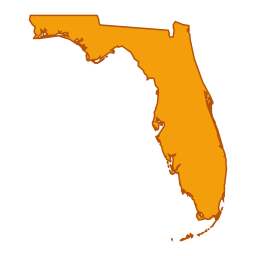 the border of Florida
{"feature_id": "USA-3542", "entity_name": "Florida", "entity_type": "State", "adm_level": 1, "iso_a3": "USA", "parent_name": "United States of America", "parent_adm1": "", "projection": "equal_earth", "projection_center": [-82.742, 27.771], "detail": "fine", "context": "isolated", "style": "filled", "palette": "amber", "viewbox_px": 256, "rotation_deg": 0, "n_neighbors": 0, "source": "natural_earth", "source_scale": "10m", "svg_char_len": 5875}
<svg xmlns="http://www.w3.org/2000/svg" viewBox="0 0 256 256"><path d="M37.5,38.4L32.9,38.5L34.5,38.0L34.4,36.9L36.5,34.6L34.6,33.2L34.2,31.6L35.1,26.7L32.4,24.6L29.5,20.0L30.4,15.4L97.0,15.4L98.6,19.1L99.2,23.6L100.3,25.0L168.3,30.3L169.2,33.2L169.0,35.3L170.2,37.2L173.2,36.8L174.2,29.9L173.3,27.4L173.4,24.4L175.4,21.6L183.2,24.7L188.9,25.6L189.0,31.7L187.7,28.4L187.4,30.8L189.7,34.0L190.1,39.5L194.3,58.8L202.6,82.0L210.4,96.5L213.0,102.7L211.3,105.1L211.4,111.9L212.4,117.0L215.1,122.3L215.2,123.8L211.7,116.1L210.7,111.9L210.7,105.9L211.4,101.5L211.1,98.2L209.6,97.5L209.1,98.4L206.8,97.8L206.3,96.1L207.1,93.3L204.6,91.6L207.5,106.1L217.0,130.8L218.0,136.1L221.9,147.2L222.0,147.7L221.4,146.7L218.9,145.6L223.2,149.2L225.2,155.0L224.2,156.3L225.4,157.0L226.2,160.7L225.8,162.4L226.5,168.5L224.7,184.2L224.1,185.7L224.5,186.8L224.1,197.1L223.8,192.7L222.9,194.2L222.4,197.8L220.9,199.0L219.5,202.6L218.5,207.7L219.4,211.3L216.5,215.5L217.1,217.9L215.8,215.9L214.5,216.7L215.6,217.1L216.0,218.3L215.3,217.1L213.8,216.7L214.2,215.7L212.8,215.8L211.7,217.8L210.5,217.6L210.4,218.8L208.9,219.3L206.5,219.2L205.1,217.9L203.7,219.3L198.6,220.0L196.6,216.4L196.9,213.9L197.9,212.3L199.2,214.8L201.7,216.2L201.2,216.9L202.8,216.9L203.5,215.8L201.8,213.2L197.5,210.9L195.6,205.8L196.3,204.7L195.1,204.5L193.9,199.6L192.7,199.5L191.8,197.9L192.7,196.8L192.0,195.6L188.4,192.7L185.7,192.5L184.8,191.0L184.1,192.0L183.0,191.5L182.6,192.5L181.9,192.0L181.6,190.7L182.9,191.3L183.7,189.8L181.9,189.2L180.4,184.3L180.1,185.7L178.6,173.4L177.9,171.7L177.8,173.5L174.6,172.1L174.8,170.8L175.5,171.2L177.1,169.5L177.5,167.7L180.6,164.0L177.3,166.6L176.1,170.1L173.8,170.6L172.7,165.3L173.3,158.8L172.3,157.2L174.9,155.5L175.4,154.2L171.8,155.4L170.7,156.6L170.1,155.0L169.0,155.3L167.6,153.5L169.5,156.0L170.9,161.0L170.5,161.6L170.1,160.2L169.6,161.0L166.6,159.3L165.8,156.3L165.1,155.4L165.6,157.3L165.1,156.8L162.5,150.5L161.8,146.7L160.1,144.4L160.6,143.3L159.7,140.2L156.5,138.1L155.7,136.0L157.6,137.9L157.9,136.7L157.0,136.5L157.5,135.9L159.3,136.5L158.1,135.7L159.6,134.9L158.5,135.0L164.5,125.7L163.7,122.0L162.4,121.9L162.1,125.3L161.0,125.2L160.6,121.1L158.6,120.5L159.2,119.7L156.7,117.8L156.7,120.1L157.9,120.2L155.9,121.6L160.0,123.1L159.0,123.9L158.4,129.0L157.6,129.8L153.4,125.0L155.4,128.6L155.9,131.0L152.7,125.1L152.5,122.3L153.3,120.9L152.9,123.1L154.7,115.4L154.2,112.4L156.0,108.7L155.6,108.5L157.4,103.5L158.2,94.9L158.0,92.8L156.8,91.1L157.2,90.6L158.3,91.8L158.2,88.2L155.7,85.8L153.8,78.3L147.6,78.1L146.4,74.9L144.6,73.8L143.1,70.1L138.2,65.9L138.4,61.7L134.6,59.1L131.1,52.5L122.2,46.1L118.2,47.2L117.4,46.1L112.9,48.7L112.9,50.1L113.2,49.6L113.8,50.8L111.1,49.6L110.7,50.1L113.9,51.6L113.8,53.1L113.0,53.6L113.4,52.9L109.6,52.4L100.1,59.0L100.2,56.5L96.8,59.6L93.7,59.4L87.9,60.9L86.7,59.6L86.2,54.9L86.6,54.1L87.1,59.1L88.6,60.3L89.1,56.7L87.7,53.6L82.7,49.6L82.4,48.7L84.5,50.3L79.4,45.1L81.2,45.4L81.2,46.0L85.5,49.1L86.7,47.8L85.8,47.3L85.0,48.6L84.4,46.1L83.7,46.0L84.2,44.9L82.4,45.1L82.2,45.8L78.4,43.0L80.0,41.1L81.0,41.3L82.7,39.9L81.9,38.5L81.0,40.0L78.7,41.2L77.5,38.8L74.9,40.6L75.5,41.6L77.5,41.8L77.8,43.6L78.7,44.4L78.0,44.6L78.4,45.1L69.5,39.2L58.0,35.7L62.3,36.1L63.2,34.7L65.0,36.1L65.4,35.6L64.8,34.7L68.4,36.4L67.3,34.0L67.7,33.1L66.6,33.6L65.9,32.4L60.7,33.9L59.9,33.4L60.6,31.9L59.4,32.5L58.7,31.7L58.8,33.2L56.0,34.4L55.7,35.3L51.0,35.2L40.4,37.3L41.8,36.2L45.3,35.6L47.0,34.0L48.2,34.6L45.1,32.1L46.5,30.5L44.8,28.8L43.4,34.3L42.3,30.5L40.9,29.6L41.5,33.0L40.8,34.7L38.6,35.9L38.5,37.5L37.4,37.8L37.5,38.4ZM207.7,100.2L210.3,98.3L210.8,99.3L209.6,103.9L209.3,109.1L209.9,111.3L207.5,102.2L207.7,100.2ZM221.0,212.3L218.2,218.8L215.5,221.5L212.5,226.2L212.0,226.2L216.2,220.3L215.6,218.9L216.8,219.2L218.3,216.4L217.9,214.3L220.4,212.0L221.0,212.3ZM53.3,35.7L57.8,35.9L39.1,38.5L37.7,38.3L53.3,35.7ZM219.4,139.5L215.3,124.1L217.5,129.5L222.9,148.0L219.4,139.5ZM172.7,171.9L171.3,167.7L170.1,164.5L171.8,166.2L172.7,171.9ZM171.4,173.0L174.1,173.4L172.5,174.4L170.5,173.2L169.4,169.8L171.4,173.0ZM94.0,62.4L92.4,61.2L91.3,60.5L94.6,60.6L94.0,62.4ZM188.0,237.2L187.4,238.1L184.6,239.2L186.7,237.5L186.0,236.8L187.5,237.7L186.6,235.3L188.0,237.2ZM97.2,62.9L104.8,57.9L102.3,60.3L97.6,63.2L95.6,63.4L94.3,62.6L97.2,62.9ZM190.0,233.1L192.0,235.6L192.4,237.0L191.8,237.5L190.0,233.1ZM191.2,195.5L190.7,196.5L189.6,196.1L189.6,194.7L191.2,195.5ZM157.8,140.7L156.9,138.9L159.3,142.7L157.8,140.7ZM182.8,238.7L184.0,238.7L184.2,239.5L182.2,240.2L182.8,238.7ZM189.3,195.3L188.0,194.3L187.7,194.9L187.6,194.1L188.7,193.7L189.3,195.3ZM182.5,192.7L183.8,193.2L182.9,193.9L182.5,192.7ZM199.1,235.6L197.8,234.8L200.3,233.8L199.4,234.7L199.1,235.6ZM105.8,57.1L107.9,56.0L105.6,57.4L105.8,57.1ZM167.3,161.0L168.0,162.5L167.8,164.0L167.3,161.0ZM188.6,235.7L188.7,236.8L187.6,236.0L187.8,235.1L188.6,235.7ZM206.6,230.0L206.6,231.2L205.2,231.4L205.5,231.0L206.6,230.0ZM223.4,200.5L222.7,199.3L223.4,198.5L223.4,200.5ZM222.7,206.8L221.9,209.8L221.4,210.1L222.7,206.8ZM203.4,232.6L202.5,233.3L200.5,234.3L202.6,232.6L203.4,232.6ZM199.2,213.8L200.2,214.0L199.5,214.7L199.2,213.8ZM181.7,239.5L182.1,240.2L181.5,239.7L181.1,240.4L179.9,240.6L181.7,239.5ZM168.3,166.2L168.4,164.8L168.9,167.7L168.3,166.2ZM186.5,192.6L187.1,193.4L186.8,194.3L186.5,192.6ZM198.9,212.5L198.9,213.4L198.1,212.6L198.2,212.4L198.9,212.5ZM156.5,92.5L156.6,91.7L157.0,91.8L157.1,92.4L156.5,92.5ZM156.9,93.4L157.1,94.3L156.5,93.9L156.9,93.4ZM189.6,235.8L189.8,236.5L189.7,236.8L189.2,236.3L189.6,235.8ZM147.3,78.9L147.9,79.5L147.1,79.6L147.3,78.9ZM209.3,228.7L209.0,229.2L208.3,229.7L208.5,229.3L209.3,228.7ZM192.4,235.1L192.9,235.3L193.0,236.0L192.4,235.1ZM172.0,239.8L171.4,238.9L171.1,238.9L171.8,238.8L172.1,239.1L172.0,239.8ZM211.2,226.7L211.4,226.5L210.4,227.9L211.2,226.7ZM210.4,112.8L210.1,112.0L209.9,111.4L210.4,112.8Z" fill="#f59e0b" stroke="#b45309" stroke-width="1.5"/></svg>